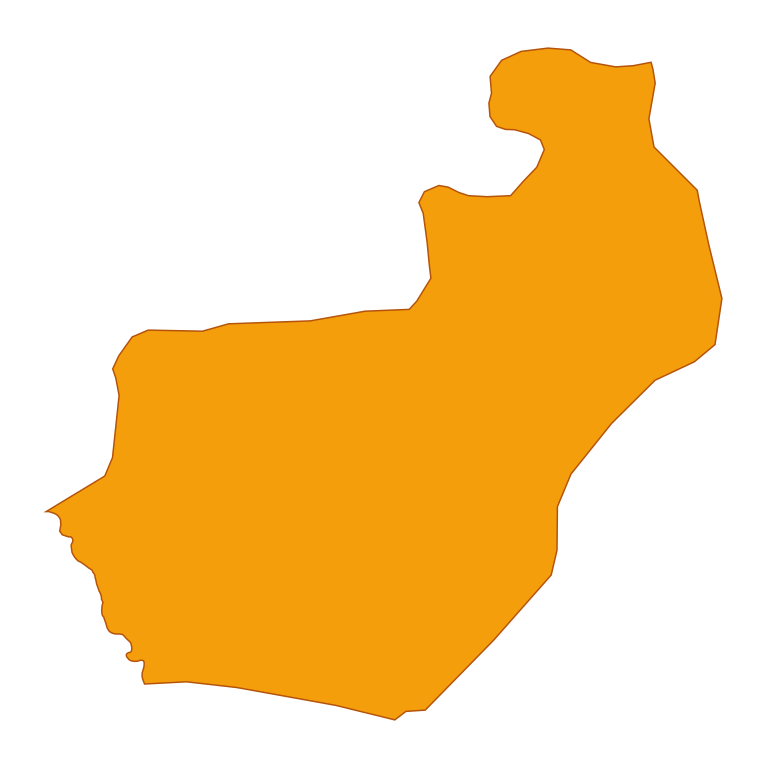 outline of Barros Blancos, Canelones, Uruguay
{"feature_id": "84410073B87283476662632", "entity_name": "Barros Blancos", "entity_type": "district", "adm_level": 2, "iso_a3": "URY", "parent_name": "Uruguay", "parent_adm1": "Canelones", "projection": "orthographic", "projection_center": [-56.02, -34.752], "detail": "fine", "context": "isolated", "style": "filled", "palette": "amber", "viewbox_px": 768, "rotation_deg": 0, "n_neighbors": 0, "source": "geoboundaries", "source_scale": "gbopen_adm2", "svg_char_len": 2422}
<svg xmlns="http://www.w3.org/2000/svg" viewBox="0 0 768 768"><path d="M425.2,710.1L493.7,640.1L551.2,575.0L557.0,550.1L557.4,506.7L571.0,474.0L611.5,423.5L655.1,380.2L694.3,361.8L715.0,344.6L721.9,298.5L708.7,244.4L699.5,202.3L697.2,190.2L654.0,147.0L648.9,118.8L655.2,83.1L652.9,69.1L651.1,62.3L633.3,65.7L615.7,66.9L590.5,62.4L570.8,49.9L548.0,48.1L521.1,51.4L501.6,60.3L490.1,76.4L491.5,93.3L488.9,103.1L490.0,116.6L496.6,126.4L505.5,129.4L514.3,129.7L528.5,133.5L540.5,140.0L544.3,149.6L536.8,167.2L523.3,181.3L510.6,195.7L487.2,196.7L468.5,195.7L458.9,192.5L448.0,187.1L438.9,185.5L424.4,191.7L418.9,202.6L423.2,213.3L427.1,242.0L429.3,264.9L430.9,278.2L416.8,301.1L409.2,309.4L365.0,311.2L310.0,320.9L228.6,323.8L202.4,331.2L148.2,330.1L132.2,336.9L118.9,355.6L112.7,368.9L115.8,378.0L119.1,395.5L112.5,457.6L104.8,476.0L72.6,495.5L46.1,511.6L48.9,511.6L51.7,512.5L54.6,513.5L56.6,514.6L58.5,516.3L59.8,518.3L60.6,520.2L60.6,522.3L60.9,523.9L60.6,526.0L60.2,528.4L59.7,531.2L61.0,533.0L62.3,534.8L64.1,535.4L64.4,535.5L66.8,536.3L68.9,536.9L70.8,536.8L72.3,538.3L72.9,539.9L72.7,541.8L71.7,543.7L71.1,545.4L71.3,547.2L71.6,549.3L72.0,552.3L73.1,554.7L74.7,557.3L76.3,559.2L78.4,561.1L80.6,562.1L82.5,563.3L84.8,565.0L86.7,566.3L88.4,567.8L90.2,568.9L92.1,570.2L92.8,572.1L94.1,573.7L94.9,575.7L95.2,577.8L96.0,580.6L96.4,582.8L96.9,584.8L97.6,586.6L98.5,589.1L99.0,590.8L100.1,592.8L100.9,594.9L101.4,597.0L101.5,599.2L102.3,600.9L103.0,602.6L102.4,604.3L102.0,606.3L101.9,608.3L101.7,610.1L101.8,612.2L102.0,613.9L102.4,615.3L103.1,616.4L103.8,617.3L104.2,618.4L104.6,619.9L105.3,621.6L105.8,623.2L106.1,624.1L106.7,626.4L107.3,628.1L108.1,629.5L108.9,630.9L110.3,632.1L111.8,632.9L113.6,633.6L115.7,633.9L117.4,634.0L119.6,634.0L121.3,634.2L122.3,634.5L123.3,635.1L124.6,636.5L126.4,638.6L128.0,640.1L129.2,641.2L130.5,642.5L130.9,643.4L131.3,645.1L131.7,647.0L131.8,648.6L131.6,650.4L131.2,651.5L130.3,652.3L128.9,652.5L128.0,652.9L126.8,653.8L126.3,654.8L126.4,655.9L126.9,657.1L128.0,658.4L129.0,659.6L130.1,660.3L131.5,660.9L133.4,661.2L135.7,661.4L137.6,661.2L139.3,660.6L140.9,660.2L142.2,660.3L143.4,660.8L144.0,661.9L144.2,663.2L144.1,665.6L143.7,667.8L143.2,669.5L142.7,671.1L142.2,672.8L142.1,674.7L142.1,675.4L142.1,676.5L142.5,678.3L143.1,680.3L144.0,682.5L144.5,684.0L186.5,681.8L236.6,687.5L335.9,705.4L394.8,719.9L405.9,711.4L425.2,710.1Z" fill="#f59e0b" stroke="#b45309" stroke-width="1.5"/></svg>